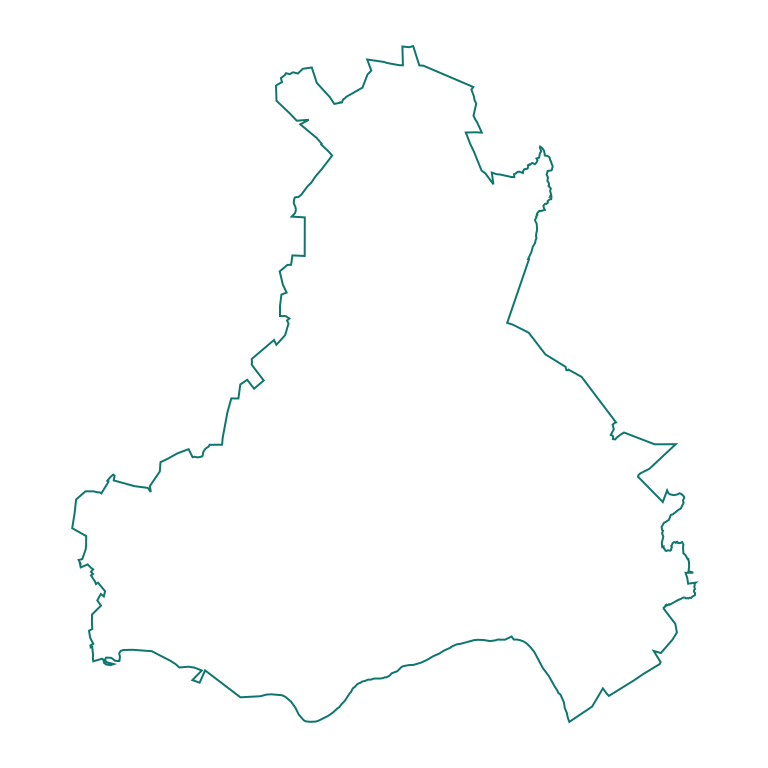 Copainalá, Chiapas, Mexico (Natural Earth projection)
{"feature_id": "50627088B20312620560058", "entity_name": "Copainalá", "entity_type": "district", "adm_level": 2, "iso_a3": "MEX", "parent_name": "Mexico", "parent_adm1": "Chiapas", "projection": "natural_earth1", "projection_center": [-93.236, 17.116], "detail": "fine", "context": "isolated", "style": "outline", "palette": "teal", "viewbox_px": 768, "rotation_deg": 0, "n_neighbors": 0, "source": "geoboundaries", "source_scale": "gbopen_adm2", "svg_char_len": 6057}
<svg xmlns="http://www.w3.org/2000/svg" viewBox="0 0 768 768"><path d="M93.3,661.3L102.2,658.7L103.3,659.6L104.1,662.9L106.2,664.5L110.7,665.1L113.7,664.1L106.2,662.1L105.2,660.1L105.4,658.7L106.1,657.6L111.1,657.8L115.3,660.8L119.2,661.1L119.6,660.7L119.3,659.9L119.7,659.0L119.9,656.6L119.2,653.5L119.9,652.0L120.9,650.8L123.5,650.0L132.8,649.8L151.8,651.2L170.4,660.8L175.6,664.1L179.3,667.5L188.4,666.7L194.4,667.6L201.8,670.5L192.4,680.1L199.6,682.7L205.1,670.4L240.4,697.3L260.6,696.2L266.4,694.6L271.1,694.3L281.7,695.2L283.5,695.9L285.3,696.8L291.0,701.6L295.5,707.9L298.6,714.3L303.0,719.5L304.5,720.8L306.0,721.4L309.8,721.8L315.7,721.6L318.5,720.7L328.3,715.8L333.2,712.3L337.4,708.4L339.4,707.1L341.3,704.4L344.8,700.9L349.7,693.3L350.9,692.2L352.8,688.4L354.9,686.8L357.0,684.4L359.2,683.1L360.3,682.9L362.0,681.6L365.2,680.9L367.8,679.7L370.9,679.6L374.3,678.5L380.8,678.5L383.6,677.9L384.6,677.3L386.6,677.3L389.4,675.8L391.7,673.3L397.3,671.2L401.5,667.0L403.4,666.1L408.9,665.1L413.5,664.9L421.2,662.6L426.8,660.0L433.2,656.2L439.2,653.6L444.1,650.5L450.0,647.9L452.4,646.2L457.0,644.3L460.6,643.8L474.2,640.1L478.1,639.8L483.5,640.0L490.2,641.1L495.6,640.3L497.4,639.6L505.0,639.7L511.6,636.5L513.7,639.5L516.8,639.5L520.1,640.2L523.9,641.6L527.0,643.7L530.4,647.1L534.2,651.8L542.8,668.0L548.8,676.0L555.0,687.0L557.4,690.6L558.5,693.3L559.6,693.7L560.7,695.1L564.0,702.6L564.7,707.7L566.9,713.2L567.7,717.4L569.3,721.9L592.1,706.6L602.9,688.4L606.8,693.7L608.9,695.9L633.6,680.6L643.3,674.0L659.8,664.0L660.6,662.1L653.7,651.0L660.9,653.0L672.3,639.9L676.9,632.5L675.3,623.9L663.8,608.8L663.6,607.8L665.0,606.7L665.6,605.3L666.3,604.8L666.9,605.6L669.0,604.2L669.5,604.8L679.0,599.5L679.5,599.6L683.4,597.5L685.1,597.7L686.1,598.4L687.3,598.1L688.2,598.5L689.2,597.8L691.3,597.9L692.2,596.7L694.9,595.2L695.1,593.1L693.9,591.6L694.1,590.2L695.0,589.1L694.3,587.0L694.7,585.1L694.6,583.8L695.8,582.6L688.1,583.7L687.3,578.2L685.6,572.8L693.3,572.7L688.5,571.1L689.1,567.0L689.0,562.1L688.3,559.0L687.7,559.2L685.4,555.0L683.4,553.3L683.0,547.2L683.4,544.7L682.1,542.0L679.9,543.2L677.9,542.9L677.3,541.8L676.5,541.9L675.8,542.8L675.4,542.4L674.1,542.1L672.6,543.1L672.0,545.0L671.2,545.9L671.9,547.3L671.2,548.5L671.2,549.9L670.2,550.7L667.9,550.3L666.3,551.0L665.4,550.6L664.4,548.7L663.7,548.4L663.6,546.4L662.2,547.0L661.8,542.8L663.3,536.7L662.1,533.1L663.0,530.7L662.0,529.7L661.6,526.8L664.1,522.6L665.3,522.2L668.9,519.8L670.8,514.9L672.9,514.3L678.6,509.7L680.7,508.7L683.6,502.8L683.0,500.6L684.3,497.2L683.5,496.0L681.2,493.9L679.4,493.3L677.7,494.3L674.0,495.2L670.1,494.4L668.4,493.2L667.1,490.4L662.8,502.0L638.0,476.7L638.6,474.9L640.3,473.4L649.4,468.8L675.7,444.2L654.6,444.3L624.0,432.5L620.4,434.7L616.6,437.7L615.2,439.4L612.9,439.1L613.2,436.8L612.8,435.9L610.8,434.9L613.8,429.3L612.6,424.7L614.6,422.9L616.0,422.4L581.6,376.9L568.5,369.6L567.8,370.3L566.4,370.1L565.5,366.8L545.4,354.4L528.7,332.7L512.7,324.6L507.2,322.9L529.0,259.2L528.1,259.0L531.3,252.4L532.8,246.7L535.2,242.8L535.4,240.8L536.5,237.9L536.0,236.3L536.4,232.7L537.1,230.2L536.7,223.7L535.5,221.6L535.0,219.9L536.4,217.4L536.1,216.6L537.3,215.0L536.8,214.6L537.5,212.8L539.3,210.9L540.2,211.2L544.9,209.9L543.8,207.9L543.4,205.7L544.7,204.2L545.5,203.7L546.5,203.9L547.8,202.8L547.6,201.2L548.6,200.2L550.3,199.1L551.2,199.1L551.4,196.8L549.9,196.8L550.5,195.6L551.1,195.7L551.2,194.7L550.1,191.0L550.8,188.5L548.5,185.9L549.0,185.3L548.9,183.3L547.4,180.8L548.0,177.4L546.6,174.7L547.7,170.9L550.8,170.6L551.8,169.9L552.6,166.9L552.5,165.5L551.8,164.4L551.0,161.3L550.4,160.7L549.5,157.3L547.4,155.9L544.8,155.5L544.2,151.1L542.5,148.4L540.1,146.6L539.9,147.3L541.2,151.6L540.3,152.4L539.7,154.2L539.1,157.7L536.5,158.5L537.5,160.2L536.5,162.6L534.9,164.2L532.1,162.9L529.8,164.8L529.4,164.4L527.9,165.2L528.2,165.9L527.7,168.3L526.8,168.9L524.4,169.2L523.2,170.9L522.9,173.0L519.4,171.7L517.7,171.9L515.3,173.8L514.1,174.1L514.3,177.1L511.4,177.0L500.5,174.6L496.2,174.1L491.8,172.6L493.4,184.3L485.3,173.3L481.6,170.6L473.5,150.7L470.4,144.4L465.8,132.5L475.7,132.3L481.8,132.6L477.1,122.3L475.3,119.5L473.5,115.7L476.2,103.7L474.5,100.0L473.9,96.3L471.4,89.6L473.3,87.0L423.4,65.7L419.3,65.4L413.2,46.1L409.2,47.2L402.4,46.5L402.9,65.3L399.2,65.2L386.6,62.9L384.2,62.0L367.2,59.5L371.3,70.6L367.5,74.5L362.5,87.6L346.1,96.9L344.8,98.5L343.1,99.4L342.0,102.4L340.9,102.7L340.1,102.2L339.4,102.9L334.3,103.9L329.8,97.1L316.8,82.9L311.8,67.5L302.8,68.8L297.9,73.5L293.0,72.3L289.7,74.2L286.0,73.2L284.8,75.2L280.9,78.0L282.0,82.1L277.6,84.5L276.0,85.8L276.5,100.8L290.2,113.8L296.7,120.7L308.8,119.8L300.3,124.4L316.7,138.0L321.7,143.8L321.2,144.5L328.7,151.6L332.1,155.6L321.8,169.1L315.5,176.4L311.2,182.8L307.9,185.9L301.1,194.9L298.4,197.0L295.2,197.3L294.3,198.6L293.7,203.2L295.3,206.6L295.8,209.3L295.7,211.2L294.9,213.3L291.7,216.6L304.8,217.4L304.7,256.0L292.4,255.4L291.1,264.8L287.4,264.9L279.7,271.4L282.9,284.7L286.6,292.6L281.4,294.6L280.0,306.2L280.0,316.0L285.7,316.1L289.4,318.5L287.0,320.5L288.5,323.6L285.1,335.2L276.4,344.8L274.0,340.0L251.7,359.0L252.0,362.1L251.7,364.7L263.7,380.5L254.1,388.7L247.2,379.8L240.3,384.5L238.4,398.5L231.3,398.4L227.4,412.5L222.6,438.2L222.1,444.7L209.6,444.8L208.8,446.4L205.5,448.7L203.8,451.0L203.2,452.3L202.6,455.8L202.2,456.3L200.4,456.9L197.6,457.4L194.4,456.7L192.6,457.2L188.6,449.2L177.7,453.2L167.8,458.7L160.5,462.2L159.8,471.5L149.9,486.0L150.8,492.0L147.8,487.9L134.2,486.1L113.7,480.4L114.6,475.7L113.2,474.6L110.0,477.4L107.3,480.8L108.5,481.3L108.1,482.5L101.3,493.4L99.9,492.4L97.3,492.3L93.6,491.3L85.5,491.3L76.1,499.5L74.6,513.2L72.2,528.2L86.2,536.1L86.1,545.2L85.7,549.3L82.3,559.1L78.6,560.0L80.4,563.4L79.9,563.4L80.7,567.4L87.7,564.4L90.9,567.7L93.1,569.4L91.0,571.9L93.0,574.0L91.0,575.4L94.9,581.4L96.0,584.1L98.1,582.7L105.1,591.3L103.8,596.4L100.8,594.0L97.3,600.4L101.0,605.6L92.1,614.4L91.9,621.5L92.3,628.9L89.0,630.8L90.2,637.9L93.3,643.9L90.4,645.4L90.7,647.4L92.2,646.9L93.1,655.2L92.8,657.8L93.3,661.3Z" fill="none" stroke="#0f766e" stroke-width="2"/></svg>